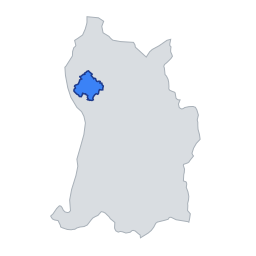 where Razgrad sits in Bulgaria, rotated 273°
{"feature_id": "BGR-2256", "entity_name": "Razgrad", "entity_type": "Province", "adm_level": 1, "iso_a3": "BGR", "parent_name": "Bulgaria", "parent_adm1": "", "projection": "albers", "projection_center": [26.578, 43.648], "detail": "fine", "context": "in_parent", "style": "filled", "palette": "blue", "viewbox_px": 256, "rotation_deg": 273, "n_neighbors": 0, "source": "natural_earth", "source_scale": "10m", "svg_char_len": 3236}
<svg xmlns="http://www.w3.org/2000/svg" viewBox="0 0 256 256"><g transform="rotate(273 128 128)"><path d="M218.8,166.0L214.0,165.3L212.4,165.5L211.3,166.7L209.1,166.5L206.3,166.6L203.5,168.0L201.9,168.6L199.7,167.3L195.7,163.7L193.3,161.1L191.5,160.5L189.7,161.2L183.3,162.2L181.8,163.7L178.8,165.4L175.9,166.2L171.6,166.7L169.3,166.7L168.0,167.5L167.0,169.9L166.3,172.3L165.6,173.2L160.3,174.4L159.1,175.8L158.7,177.1L158.8,178.5L154.6,177.1L151.3,178.0L150.5,179.0L149.8,180.5L150.2,182.0L151.4,183.6L152.5,187.7L152.9,191.8L152.2,194.2L149.7,195.8L144.6,197.6L139.6,196.7L137.4,197.4L133.8,197.6L130.4,198.0L125.2,199.7L120.5,200.6L116.3,197.1L111.4,194.6L106.1,193.2L104.3,194.1L103.5,194.9L99.2,191.8L97.2,190.6L96.3,189.5L94.6,185.4L93.5,185.2L89.9,186.6L86.4,186.5L84.3,186.1L78.1,186.1L77.2,188.8L76.4,189.3L75.0,189.6L71.7,189.3L67.4,191.2L62.9,192.3L59.3,192.2L55.7,191.5L53.5,191.8L48.7,191.8L45.6,194.7L41.0,194.3L37.1,193.7L37.6,192.7L38.9,180.9L41.1,175.7L41.0,174.6L40.6,173.8L39.0,172.9L37.9,169.9L35.6,162.3L34.3,160.7L30.3,158.9L26.9,156.6L24.1,153.6L19.0,146.2L21.8,145.7L22.7,144.3L25.6,140.5L26.0,138.6L25.8,137.5L24.0,135.6L23.0,131.4L24.1,127.7L24.3,125.7L23.5,123.7L24.6,121.3L26.6,120.1L27.8,119.8L33.0,119.8L36.5,115.1L38.5,113.6L40.7,111.0L41.7,110.0L42.7,107.9L43.1,105.7L39.1,102.5L37.9,100.1L36.2,97.5L33.8,95.7L29.0,92.4L27.3,89.3L26.6,85.2L25.5,82.2L24.1,80.2L23.9,78.5L23.4,76.6L23.5,72.7L24.9,67.7L25.7,65.9L27.4,65.5L31.9,63.0L32.3,59.5L33.2,57.4L34.7,56.2L36.0,55.4L38.3,57.6L43.9,61.0L46.7,63.5L46.5,65.0L45.1,66.3L42.5,67.7L40.9,69.5L40.4,71.8L40.7,73.4L42.4,74.9L53.0,73.5L63.6,74.9L77.7,78.5L87.2,79.9L94.2,78.6L107.1,81.6L119.2,84.3L130.8,85.2L137.3,83.4L141.9,80.8L145.9,75.9L155.6,69.4L164.9,65.8L177.2,62.8L185.4,61.8L186.5,62.8L197.0,68.7L201.6,68.7L205.4,69.7L206.8,71.2L207.7,71.6L212.7,70.1L215.0,73.3L218.5,77.8L224.5,80.1L229.8,81.3L231.4,81.5L237.0,81.2L236.5,92.7L233.3,98.1L228.2,96.5L221.8,98.1L218.5,104.2L216.6,106.0L214.9,108.2L213.9,116.1L213.8,129.0L211.4,130.6L209.1,131.1L199.8,142.5L205.3,145.7L207.7,148.1L211.8,154.8L217.6,162.3L218.8,166.0Z" fill="#d9dde1" stroke="#a8b0b8" stroke-width="1"/><path d="M182.5,84.1L183.0,85.6L182.1,86.4L179.9,89.4L179.3,89.1L178.9,88.5L178.5,88.5L178.2,88.7L177.3,89.6L176.3,90.6L175.4,91.2L176.0,92.2L175.5,93.1L174.2,93.5L173.0,94.3L172.8,95.5L173.3,96.5L173.0,97.8L172.3,97.6L171.5,97.6L171.4,99.5L170.7,99.7L169.9,99.8L168.7,101.1L167.8,101.1L167.0,100.8L164.8,100.8L164.6,99.4L164.8,97.5L163.0,96.9L160.9,96.7L160.5,96.4L160.1,96.0L160.6,94.4L159.2,92.9L157.4,91.8L155.9,91.3L154.4,91.9L153.6,90.6L153.8,89.0L153.7,88.6L153.6,88.3L153.8,88.1L154.0,87.8L153.9,86.7L154.3,85.9L154.7,86.3L155.2,86.7L156.5,85.8L158.2,86.1L158.7,85.3L159.2,84.2L159.9,83.9L159.8,81.9L160.4,81.1L159.6,80.6L158.5,80.5L156.8,79.7L156.9,77.8L158.4,76.8L159.2,75.0L161.8,72.2L163.0,72.0L164.1,72.3L165.0,73.4L166.0,73.1L166.9,72.4L167.7,72.8L168.3,73.7L168.5,74.5L169.3,76.0L172.2,77.1L173.4,77.2L174.0,78.1L174.5,79.0L174.8,78.4L175.3,78.3L175.9,78.1L176.4,77.3L176.9,77.2L177.1,78.1L177.7,79.0L178.3,79.5L178.6,80.0L179.2,80.5L179.2,81.5L179.5,82.1L180.1,81.7L180.7,82.0L181.5,83.3L182.5,84.1Z" fill="#3b82f6" stroke="#1e3a8a" stroke-width="1.5"/></g></svg>